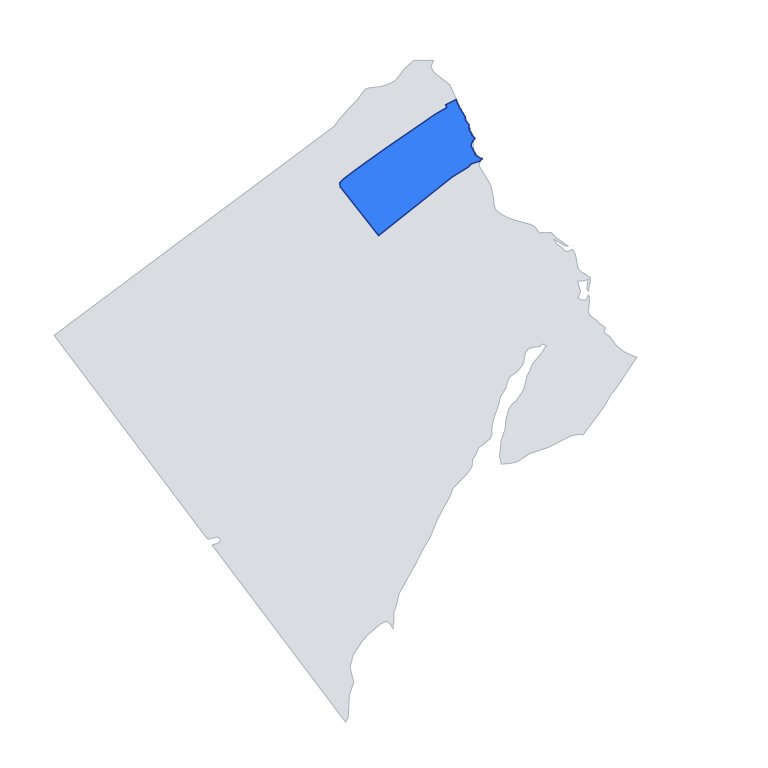 Marsa Matruh, Matruh, Egypt (highlighted), rotated 53°
{"feature_id": "37247803B7137912263252", "entity_name": "Marsa Matruh", "entity_type": "district", "adm_level": 2, "iso_a3": "EGY", "parent_name": "Egypt", "parent_adm1": "Matruh", "projection": "natural_earth1", "projection_center": [27.133, 30.048], "detail": "fine", "context": "in_parent", "style": "filled", "palette": "blue", "viewbox_px": 768, "rotation_deg": 53, "n_neighbors": 0, "source": "geoboundaries", "source_scale": "gbopen_adm2", "svg_char_len": 5752}
<svg xmlns="http://www.w3.org/2000/svg" viewBox="0 0 768 768"><g transform="rotate(53 384 384)"><path d="M630.6,618.2L617.2,618.2L603.9,618.2L590.5,618.2L577.2,618.2L563.8,618.2L550.5,618.2L537.1,618.2L523.7,618.2L510.4,618.2L497.0,618.2L483.7,618.2L470.3,618.2L457.0,618.2L443.6,618.2L430.3,618.2L416.9,618.2L409.3,618.2L410.6,613.9L411.3,610.9L410.4,608.8L407.8,608.2L406.1,608.9L402.2,617.9L400.1,618.3L395.4,618.3L379.8,618.3L364.3,618.3L348.7,618.3L333.2,618.3L317.6,618.3L302.1,618.3L286.5,618.3L271.0,618.3L255.5,618.3L239.9,618.3L224.4,618.3L208.8,618.3L193.3,618.2L177.7,618.2L162.2,618.2L146.6,618.2L146.7,607.4L146.7,596.5L146.7,585.6L146.8,574.7L146.8,563.8L146.9,552.9L146.9,542.1L147.0,531.2L147.0,520.3L147.1,509.4L147.1,498.5L147.2,487.6L147.2,476.7L147.2,465.8L147.3,454.9L147.3,444.0L147.4,433.2L147.4,422.3L147.5,411.4L147.5,400.5L147.6,389.6L147.7,378.7L147.7,367.8L147.8,356.9L147.8,346.0L147.9,335.1L147.9,324.2L148.0,313.3L148.0,302.4L148.1,291.5L148.1,280.6L148.2,269.7L147.9,267.7L145.7,260.3L143.7,250.9L141.6,239.3L141.3,235.5L137.7,223.6L137.4,220.3L138.4,217.9L144.4,207.8L146.3,202.9L147.8,197.1L148.4,192.3L146.6,185.1L144.6,178.5L144.0,171.8L143.7,165.2L146.8,160.7L150.5,156.6L151.9,154.0L154.1,151.1L155.6,149.7L158.6,155.6L164.8,156.6L185.1,151.4L207.4,156.6L219.8,158.7L238.8,163.2L250.4,171.2L253.6,172.2L261.9,172.0L267.4,176.8L289.1,179.0L300.8,184.3L307.4,188.4L311.3,189.7L314.8,189.5L319.5,187.9L325.5,185.0L331.9,180.9L345.3,170.5L350.0,168.6L353.1,169.1L356.9,169.0L358.5,166.1L360.4,164.2L361.7,162.0L363.7,159.3L370.6,158.5L384.6,154.0L383.0,156.1L370.4,161.3L375.8,161.9L381.4,160.1L387.7,159.0L388.9,156.9L389.7,152.8L390.9,152.2L395.3,153.0L408.5,159.3L411.7,159.4L420.9,156.0L422.9,155.2L425.9,157.1L432.8,164.9L430.4,164.8L423.1,158.1L422.5,161.4L418.4,167.3L423.6,169.8L427.8,170.8L430.2,174.1L431.6,177.0L435.8,175.7L438.7,171.7L437.1,169.5L436.0,167.2L437.4,167.2L440.3,169.1L448.7,176.6L451.6,178.2L454.8,177.9L461.5,175.8L463.4,176.1L472.4,173.3L473.5,175.4L475.0,177.4L482.3,175.1L493.8,175.2L503.1,172.7L513.9,166.7L514.7,165.8L515.3,167.3L516.7,171.4L520.2,181.7L523.2,189.8L527.0,201.1L528.2,205.4L528.7,208.4L534.1,220.7L537.3,230.9L539.7,239.1L543.1,251.2L544.5,255.4L542.3,257.6L538.0,265.4L533.7,290.3L527.2,309.7L526.6,321.9L525.6,326.3L522.5,332.5L518.6,338.5L511.5,335.4L499.9,324.8L493.1,314.7L485.9,308.1L479.0,299.5L477.1,293.3L477.1,289.3L474.0,279.6L471.8,275.0L463.4,264.6L461.0,259.1L459.2,256.7L457.3,253.2L454.2,239.8L450.8,231.3L447.2,233.6L447.9,237.2L444.7,242.2L442.8,247.9L444.4,252.6L451.2,259.8L452.6,262.9L454.2,269.7L454.1,278.9L455.2,282.0L460.3,288.9L462.2,293.0L463.3,296.5L465.0,299.6L470.1,305.6L477.5,317.0L484.4,324.6L489.4,328.3L491.5,332.0L492.1,341.6L491.8,346.1L496.3,354.7L497.9,359.0L502.2,362.6L504.2,366.6L506.0,373.2L509.0,392.6L512.7,397.4L524.3,422.9L534.1,439.1L538.9,451.1L546.2,465.8L560.5,498.1L568.8,508.0L572.2,513.6L578.2,517.9L584.8,524.1L578.6,523.5L577.1,523.9L574.9,524.9L574.0,528.7L573.6,531.8L574.6,548.1L576.4,556.4L582.1,572.2L586.2,576.9L588.2,580.0L591.0,582.2L603.9,587.6L611.7,598.9L628.8,613.3L630.5,617.3L630.6,618.2Z" fill="#d9dde1" stroke="#a8b0b8" stroke-width="1"/><path d="M263.9,173.0L263.7,172.8L263.6,172.6L263.4,172.4L263.4,171.9L263.4,171.6L263.3,171.3L263.4,170.9L263.3,170.7L263.3,170.3L263.4,170.0L263.3,169.9L263.2,169.8L263.0,169.7L262.9,169.7L262.8,169.9L262.6,170.1L262.5,170.5L262.4,170.6L262.2,170.8L261.6,171.1L261.2,171.3L260.7,171.5L260.2,171.7L259.5,172.0L259.0,172.1L258.3,172.4L257.7,172.6L257.4,172.6L257.1,172.6L256.7,172.7L256.2,172.8L255.7,172.9L255.4,172.9L255.0,172.8L254.7,172.9L254.3,172.8L254.3,172.5L254.2,172.4L254.3,172.2L253.6,172.2L252.4,172.3L251.7,172.3L251.3,172.1L251.0,171.9L250.9,171.6L250.4,171.6L248.8,171.6L247.3,171.4L246.2,171.0L245.4,170.4L244.9,169.8L244.9,169.7L244.6,169.4L244.3,169.1L244.3,168.8L244.2,168.7L244.1,168.3L244.1,168.0L244.0,167.8L243.9,167.6L243.9,167.4L243.7,167.0L243.6,166.8L243.4,166.4L243.4,166.2L243.2,166.0L242.9,165.5L242.8,165.3L242.7,165.1L242.7,164.8L242.8,164.6L243.0,164.3L242.9,164.0L242.6,163.7L242.1,163.4L241.6,163.6L241.0,163.6L240.9,163.7L240.5,163.7L240.0,163.8L239.6,163.8L239.1,163.8L238.8,163.7L238.6,163.7L238.4,163.7L238.4,163.8L238.6,163.9L238.9,163.9L238.9,164.0L238.7,164.0L238.2,164.2L237.8,164.1L237.7,164.0L237.7,163.8L237.8,163.7L237.5,163.6L237.4,163.6L236.4,163.5L235.6,163.4L234.8,163.3L234.6,163.2L233.9,163.3L233.3,163.2L233.0,163.1L232.7,163.0L232.4,163.0L232.1,163.0L231.9,162.9L231.6,162.7L231.6,162.4L231.5,162.0L231.6,161.8L231.5,161.7L231.1,161.8L230.7,161.8L230.2,161.7L229.9,161.7L229.5,161.5L229.2,161.2L229.1,160.8L229.0,160.7L228.7,160.5L228.5,160.3L228.4,160.1L228.2,160.1L227.7,160.0L227.0,160.0L226.5,160.1L225.6,160.2L225.2,160.2L224.6,160.1L223.7,160.1L223.1,160.1L222.8,160.1L222.6,160.1L222.3,160.0L222.0,159.7L221.4,159.5L221.0,159.4L220.6,159.2L220.4,159.0L220.3,158.9L220.3,158.7L220.2,158.6L219.6,158.4L219.3,158.3L219.3,158.1L219.1,158.1L218.3,158.2L217.7,158.2L217.3,158.2L216.7,158.1L216.3,158.0L215.9,157.8L215.4,157.8L215.1,157.8L214.7,157.8L214.2,157.8L213.9,157.8L213.6,157.9L213.1,157.9L212.6,157.7L211.9,157.5L211.7,157.4L211.6,157.2L211.4,157.1L210.9,157.4L209.9,157.6L209.0,157.6L208.6,157.3L207.5,156.9L206.7,156.8L206.2,156.6L205.5,156.5L205.1,156.5L204.6,156.5L204.3,156.4L204.1,156.2L203.5,156.2L203.2,156.1L202.6,156.1L202.4,156.0L202.3,155.9L201.9,155.8L201.8,155.7L201.6,155.7L201.3,155.6L201.0,155.3L200.6,155.2L200.2,155.1L198.1,166.8L201.0,167.5L199.4,180.5L197.8,216.5L196.7,241.4L196.1,265.1L195.8,280.0L195.9,293.2L196.7,298.4L200.3,300.3L262.2,299.0L259.7,205.1L261.5,185.7L260.8,182.3L261.4,179.6L263.9,173.0Z" fill="#3b82f6" stroke="#1e3a8a" stroke-width="1.5"/></g></svg>